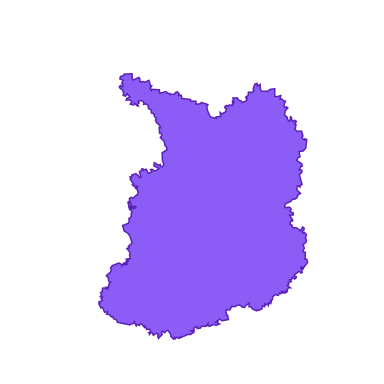 Thakurgaon, Rangpur, Bangladesh, rotated 160°
{"feature_id": "16705992B44482388014877", "entity_name": "Thakurgaon", "entity_type": "district", "adm_level": 2, "iso_a3": "BGD", "parent_name": "Bangladesh", "parent_adm1": "Rangpur", "projection": "albers", "projection_center": [88.472, 25.936], "detail": "fine", "context": "isolated", "style": "filled", "palette": "violet", "viewbox_px": 384, "rotation_deg": 160, "n_neighbors": 0, "source": "geoboundaries", "source_scale": "gbopen_adm2", "svg_char_len": 5932}
<svg xmlns="http://www.w3.org/2000/svg" viewBox="0 0 384 384"><g transform="rotate(160 192 192)"><path d="M308.9,132.3L310.2,129.5L312.4,128.5L312.0,126.3L313.9,125.1L312.1,123.9L313.8,123.1L313.3,120.8L316.0,120.5L316.6,119.3L317.1,120.2L317.8,118.1L317.2,114.2L315.6,114.4L315.3,109.0L312.3,108.2L314.1,106.4L311.6,105.1L310.5,102.2L309.2,102.0L309.0,99.8L306.4,97.2L306.7,95.1L296.1,88.5L291.5,88.7L290.6,89.8L290.2,85.2L288.7,86.3L287.0,84.6L286.7,85.5L284.6,85.6L283.0,81.1L282.0,82.0L281.6,78.3L278.7,77.6L278.8,75.1L280.8,74.5L280.1,74.0L280.6,72.8L278.4,73.9L277.6,73.4L277.3,70.6L273.9,71.5L272.0,69.7L273.6,68.2L273.6,65.9L268.6,68.4L268.7,70.7L267.4,71.2L265.7,69.0L263.9,70.4L262.0,70.3L260.6,65.5L261.3,63.7L259.6,60.0L258.0,61.2L257.9,59.8L256.0,60.7L254.8,59.6L253.1,59.8L253.8,59.0L244.5,59.5L242.0,58.6L238.0,59.7L240.2,61.7L237.3,61.3L236.9,63.5L234.1,63.9L233.0,63.6L233.9,61.9L230.8,61.2L229.0,62.5L224.8,61.0L222.2,62.7L223.0,61.1L221.2,60.5L221.5,59.8L216.7,60.0L214.9,58.5L211.3,58.6L212.6,59.7L212.1,60.8L214.2,61.6L209.4,63.1L207.8,60.7L201.4,59.7L200.7,64.1L201.7,64.8L200.7,68.7L200.1,69.4L196.5,68.3L194.0,70.9L190.6,69.5L188.2,70.2L185.8,69.4L183.8,66.3L182.0,65.5L180.8,66.8L176.3,67.9L177.7,64.7L175.8,63.9L175.3,61.5L172.1,58.3L171.4,59.0L170.2,58.0L166.3,58.2L164.6,60.9L163.1,59.4L161.8,61.9L161.3,60.7L158.9,61.1L159.1,59.3L157.0,61.7L156.1,60.3L154.9,61.9L155.3,62.9L153.2,63.3L151.9,66.1L148.8,67.1L146.3,65.3L144.3,67.1L143.4,66.1L141.4,66.4L141.8,67.7L140.5,67.4L139.9,65.4L138.2,65.4L138.2,66.7L137.2,66.1L137.8,65.6L136.5,65.8L136.4,67.2L134.1,69.0L132.4,68.4L134.3,71.6L132.4,72.4L132.4,74.3L129.4,73.8L130.2,76.1L128.5,75.6L126.5,77.4L125.3,75.1L123.5,75.7L123.0,76.8L124.7,77.9L124.5,78.8L119.5,80.7L118.3,80.6L117.3,78.6L116.0,78.6L116.0,80.5L113.9,81.8L115.9,82.9L115.3,84.3L113.0,82.8L107.5,86.2L107.1,89.6L108.7,90.3L106.1,96.6L108.0,97.8L107.7,99.1L105.8,100.6L105.4,104.7L102.2,105.7L100.9,107.5L101.2,110.0L99.0,112.7L100.3,115.8L101.9,115.4L101.7,117.3L99.6,118.3L99.0,119.8L99.9,121.3L103.2,118.8L103.0,117.9L105.8,122.4L109.7,124.2L109.4,126.6L111.1,128.5L108.8,131.0L107.4,130.3L106.9,131.1L108.3,136.9L104.7,135.8L104.0,137.5L106.6,140.3L104.7,141.9L105.4,144.3L109.7,145.4L109.9,146.8L108.3,148.9L102.3,149.4L100.0,150.8L97.3,150.1L95.2,150.9L93.7,152.9L90.5,153.6L92.5,157.3L92.3,159.9L90.7,161.6L88.7,159.7L88.3,161.0L86.0,161.5L85.2,171.7L82.3,172.7L81.4,174.2L81.6,175.3L83.7,176.0L81.0,178.7L79.5,178.6L79.3,181.1L82.7,185.8L80.6,188.1L78.5,188.1L77.6,193.4L73.6,192.5L70.2,194.2L66.2,202.1L67.8,203.4L68.5,202.5L69.8,204.3L69.9,206.0L68.6,206.6L68.2,211.7L72.2,212.9L73.9,215.3L71.2,219.8L72.1,220.6L69.8,222.7L71.0,224.3L72.6,223.3L73.6,225.5L73.0,228.2L73.8,229.0L75.5,225.5L76.6,225.3L77.5,227.9L76.9,229.7L78.7,232.6L76.5,236.5L73.2,238.1L74.1,239.7L75.7,239.2L76.0,240.5L75.6,242.8L73.0,245.3L75.0,246.7L75.8,248.8L77.7,249.0L75.6,252.3L79.3,252.4L81.5,253.6L78.9,260.8L83.6,261.7L86.4,260.8L92.3,263.0L92.5,266.0L91.1,269.7L94.3,269.3L93.6,271.7L95.9,272.0L99.1,268.4L99.1,266.1L101.4,265.1L104.9,266.5L106.3,263.3L108.5,263.2L108.3,261.6L109.2,261.8L108.8,260.3L110.1,259.0L114.4,259.1L114.8,260.9L117.1,262.9L117.1,264.9L121.4,266.3L121.6,264.1L122.7,262.8L122.2,263.7L122.9,263.8L123.2,262.3L122.0,261.9L123.9,261.0L124.1,259.5L127.4,261.1L128.6,260.2L130.1,261.6L131.8,261.0L132.4,260.0L131.1,258.7L133.3,255.7L137.4,255.3L138.4,257.0L139.2,253.2L143.7,254.3L144.1,253.0L148.6,255.9L149.2,257.5L149.6,264.1L148.7,267.6L147.2,268.3L148.1,269.6L152.7,272.9L154.1,272.1L158.1,273.0L157.3,276.0L162.1,277.8L161.8,279.5L169.6,283.4L169.0,286.6L171.6,287.3L170.5,288.6L171.6,291.2L173.5,291.2L174.8,289.9L179.1,291.1L179.1,292.3L180.6,292.5L182.1,295.2L188.7,295.9L187.7,299.2L194.6,302.2L195.5,301.3L195.8,303.7L193.6,305.6L194.6,306.0L194.3,311.6L199.1,311.3L200.5,312.7L203.3,313.1L202.3,316.1L202.7,317.9L209.0,317.4L209.5,318.4L207.9,323.6L215.5,326.0L216.3,324.7L219.7,325.0L221.1,322.9L218.5,320.6L220.9,318.1L219.9,316.1L221.5,314.6L222.5,316.5L224.3,315.9L224.1,313.8L222.3,311.8L222.5,308.2L223.6,306.3L221.6,304.7L219.3,306.5L217.8,302.5L221.2,302.3L222.5,300.9L218.7,299.6L217.7,297.5L220.0,295.6L217.1,293.7L215.6,295.2L214.0,291.6L212.9,291.2L213.7,293.0L211.2,293.8L211.6,295.6L209.5,295.7L207.4,294.4L206.6,292.3L207.5,290.9L205.0,290.4L203.7,288.6L204.3,285.3L202.2,282.9L203.2,280.1L201.2,278.7L201.5,275.7L200.4,273.6L201.8,272.0L201.6,269.1L199.8,266.3L199.5,263.1L200.9,263.8L202.3,258.3L201.3,258.3L200.6,256.0L203.1,254.1L200.8,248.8L201.6,245.3L200.6,242.7L201.1,240.2L206.7,239.1L209.1,231.3L208.9,227.7L211.0,225.9L212.9,226.7L212.4,228.7L214.5,228.9L217.3,232.4L218.9,229.6L215.1,225.5L217.2,224.6L219.9,224.5L221.6,226.9L223.3,227.3L222.8,224.7L226.6,224.4L227.3,229.1L230.5,229.4L230.1,230.4L231.1,230.9L231.7,229.7L234.5,229.1L234.8,223.5L236.7,223.6L236.8,225.8L238.5,228.5L242.8,228.5L243.3,227.0L245.1,227.3L244.5,225.8L245.8,225.2L244.4,219.9L245.5,219.3L244.7,218.6L245.6,217.5L244.5,218.0L241.1,215.8L242.4,214.7L244.3,216.2L242.5,212.7L243.1,208.8L249.7,206.4L251.0,207.8L252.9,207.4L253.8,204.7L255.6,204.5L256.0,202.1L253.4,203.3L253.6,198.0L252.1,197.3L251.4,198.5L249.8,197.3L250.2,196.2L252.6,196.5L252.6,197.4L254.9,197.1L254.2,198.1L255.7,198.5L254.3,199.2L255.6,201.3L256.6,199.5L255.8,197.5L256.6,197.1L255.0,194.0L256.6,192.4L257.5,189.5L260.3,188.7L261.4,185.3L262.7,184.4L268.7,184.3L269.1,178.5L266.6,175.6L265.4,171.7L265.8,164.5L270.4,162.7L270.1,160.9L272.5,161.2L270.9,156.3L272.4,153.8L272.7,150.7L276.3,151.3L275.0,149.8L276.1,148.6L276.9,148.7L275.9,149.8L276.7,150.4L278.0,148.4L281.5,148.4L277.5,147.3L277.1,146.4L277.9,146.1L282.1,147.5L283.2,146.7L282.9,148.0L285.0,150.3L292.2,150.1L294.6,148.3L294.2,146.8L295.7,144.8L301.1,142.7L300.0,139.6L300.8,137.0L299.5,134.8L300.9,134.7L303.3,131.0L305.3,131.8L304.1,128.9L306.0,131.1L308.9,132.3Z" fill="#8b5cf6" stroke="#5b21b6" stroke-width="1.5"/></g></svg>